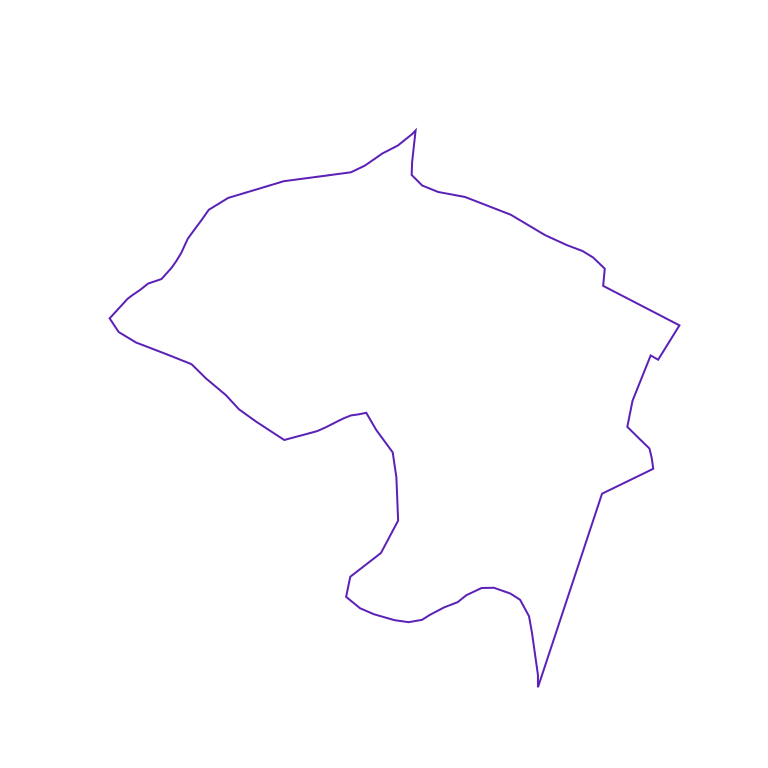 Pusa, Sarawak, Malaysia (Equal Earth projection), rotated 105°
{"feature_id": "92858781B40387139442699", "entity_name": "Pusa", "entity_type": "district", "adm_level": 2, "iso_a3": "MYS", "parent_name": "Malaysia", "parent_adm1": "Sarawak", "projection": "equal_earth", "projection_center": [111.164, 1.539], "detail": "fine", "context": "isolated", "style": "outline", "palette": "violet", "viewbox_px": 768, "rotation_deg": 105, "n_neighbors": 0, "source": "geoboundaries", "source_scale": "gbopen_adm2", "svg_char_len": 1186}
<svg xmlns="http://www.w3.org/2000/svg" viewBox="0 0 768 768"><g transform="rotate(105 384 384)"><path d="M327.0,619.4L340.2,626.1L348.0,637.8L356.7,644.3L362.8,649.6L368.0,653.7L391.6,666.0L402.5,653.7L408.1,634.3L412.1,596.8L414.7,575.0L424.7,557.4L435.6,534.0L446.0,517.5L453.5,497.6L463.9,465.9L446.9,436.5L441.3,429.5L433.4,420.7L427.7,414.2L422.9,407.8L419.9,400.7L416.4,393.7L430.4,379.6L447.8,357.9L470.9,347.9L512.3,335.0L548.0,343.2L578.9,366.7L599.4,365.5L606.8,349.1L609.0,334.4L609.4,312.7L607.7,298.6L602.0,286.3L595.1,279.9L584.2,268.1L575.5,256.2L574.2,255.3L566.7,249.8L555.8,237.0L552.4,225.1L553.7,207.7L557.2,196.7L570.8,183.8L586.4,176.5L625.2,160.0L637.1,156.8L433.5,145.0L396.2,102.0L386.3,106.2L377.6,110.9L371.1,122.6L362.4,137.9L335.8,139.6L287.4,133.8L289.6,125.5L250.9,113.8L232.5,197.7L215.5,200.6L207.7,214.7L204.2,226.5L202.5,243.5L198.5,267.0L187.7,305.4L182.4,354.1L184.5,381.3L182.4,398.5L174.9,411.4L162.2,414.3L130.9,419.1L135.0,421.3L150.0,432.3L161.6,445.1L177.9,458.9L188.1,470.8L214.0,533.2L244.6,582.7L261.0,598.3L273.2,602.8L284.8,607.4L294.3,611.1L310.0,613.8L319.5,616.6L327.0,619.4Z" fill="none" stroke="#5b21b6" stroke-width="2"/></g></svg>